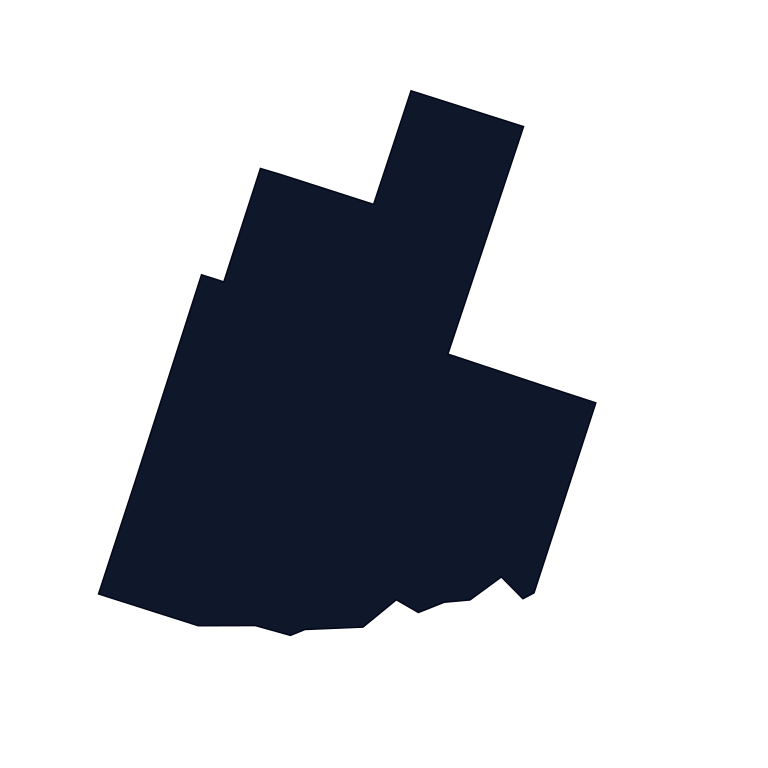 Choctaw, Mississippi, United States of America, rotated 198°
{"feature_id": "52423323B48791393763722", "entity_name": "Choctaw", "entity_type": "district", "adm_level": 2, "iso_a3": "USA", "parent_name": "United States of America", "parent_adm1": "Mississippi", "projection": "albers", "projection_center": [-89.259, 33.321], "detail": "fine", "context": "isolated", "style": "filled", "palette": "ink", "viewbox_px": 768, "rotation_deg": 198, "n_neighbors": 0, "source": "geoboundaries", "source_scale": "gbopen_adm2", "svg_char_len": 491}
<svg xmlns="http://www.w3.org/2000/svg" viewBox="0 0 768 768"><g transform="rotate(198 384 384)"><path d="M590.6,96.1L485.9,96.7L431.7,114.5L395.3,116.0L383.3,126.1L328.9,146.3L305.6,182.6L280.7,177.3L259.4,195.0L235.5,205.2L212.8,236.8L185.5,222.7L176.8,231.7L176.7,431.5L236.3,431.6L332.5,432.2L330.8,671.9L448.9,671.2L449.1,611.7L449.4,551.6L545.4,551.3L568.1,550.8L567.9,431.6L591.3,431.5L590.5,214.6L590.6,97.0L590.6,96.1Z" fill="#0f172a" stroke="#020617" stroke-width="1.5"/></g></svg>